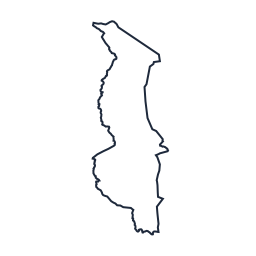 outline of San Francisco Cajonos, Oaxaca, Mexico, rotated 83°
{"feature_id": "50627088B63866819787675", "entity_name": "San Francisco Cajonos", "entity_type": "district", "adm_level": 2, "iso_a3": "MEX", "parent_name": "Mexico", "parent_adm1": "Oaxaca", "projection": "robinson", "projection_center": [-96.262, 17.18], "detail": "fine", "context": "isolated", "style": "outline", "palette": "slate", "viewbox_px": 256, "rotation_deg": 83, "n_neighbors": 0, "source": "geoboundaries", "source_scale": "gbopen_adm2", "svg_char_len": 5422}
<svg xmlns="http://www.w3.org/2000/svg" viewBox="0 0 256 256"><g transform="rotate(83 128 128)"><path d="M168.0,100.8L160.6,102.4L158.4,103.6L157.7,101.0L157.0,99.3L157.0,99.2L155.9,91.5L155.1,91.0L154.8,91.3L153.8,91.4L153.5,91.5L153.0,92.1L152.8,92.1L152.5,92.5L151.8,93.1L151.5,93.4L151.4,93.6L151.3,94.0L151.0,94.3L150.6,95.2L150.6,95.4L150.7,96.1L150.4,96.3L149.9,97.1L149.5,98.1L149.3,98.0L149.0,98.3L148.7,98.3L148.3,98.3L147.6,97.4L145.5,94.9L144.9,95.3L143.3,94.9L134.4,100.4L132.2,104.0L120.5,107.4L103.7,107.4L89.3,106.6L86.8,104.3L69.7,98.8L67.6,95.0L65.7,94.3L65.6,88.2L58.9,88.4L30.7,120.9L26.9,125.3L26.1,125.6L25.1,126.0L23.7,126.5L22.7,127.2L22.0,127.9L20.8,128.9L20.1,130.8L20.7,133.2L21.5,134.8L22.5,137.5L21.8,139.9L20.9,141.9L20.9,144.8L20.4,146.4L19.4,149.4L21.9,150.2L22.8,149.3L24.0,147.7L25.1,146.8L26.2,144.9L27.5,143.8L28.5,143.1L28.8,142.4L29.2,141.9L29.5,141.2L30.1,140.7L30.7,140.4L31.1,140.1L31.8,140.9L32.4,141.3L33.2,141.9L34.1,142.6L34.4,142.9L34.5,142.9L36.0,142.2L36.5,142.1L36.8,141.8L37.3,141.6L39.3,140.7L41.2,139.8L42.3,139.0L43.9,138.0L45.2,137.1L46.1,136.7L46.8,137.0L47.3,137.2L48.2,136.7L48.9,136.7L50.1,135.8L50.7,135.3L51.2,135.1L51.7,135.0L52.0,134.1L52.2,133.4L52.4,133.0L52.6,132.6L53.2,132.2L53.4,131.9L53.8,131.9L54.3,132.1L54.8,131.8L55.3,131.4L55.7,131.2L56.2,130.9L56.7,130.9L57.3,131.0L57.8,131.1L58.1,131.5L58.3,132.0L58.2,132.3L58.3,132.9L58.4,133.2L58.8,133.7L59.2,134.1L59.7,134.3L60.3,134.7L60.8,135.1L61.5,135.3L61.8,135.4L62.3,135.7L63.0,136.0L63.4,136.1L63.9,136.3L64.1,136.6L64.5,137.0L65.2,137.4L66.0,138.1L66.6,138.5L67.2,138.9L67.7,139.5L68.0,140.4L68.4,141.3L68.8,141.8L69.3,142.0L69.7,141.8L70.4,141.9L71.0,142.2L71.8,142.4L72.4,142.3L72.8,142.3L73.4,142.6L73.7,143.0L73.6,143.5L73.9,143.8L74.6,144.2L75.5,144.9L75.9,145.9L76.3,146.8L77.0,148.0L77.4,148.3L77.8,148.4L78.5,147.4L79.1,147.0L79.7,146.7L80.2,146.6L80.6,146.7L81.5,147.2L81.8,147.6L82.3,148.5L82.8,149.1L83.1,149.2L83.7,148.8L84.3,148.9L85.4,149.2L86.0,149.7L86.4,150.0L86.6,150.5L86.9,150.7L87.9,150.7L88.9,150.3L89.1,149.7L89.2,149.3L89.4,148.8L89.7,148.9L90.3,149.9L90.8,150.5L91.1,150.4L92.3,149.8L92.6,150.0L93.0,150.7L94.0,151.8L94.6,152.3L95.2,152.5L95.9,153.0L96.4,153.7L97.1,154.1L98.0,154.1L98.9,154.2L100.0,154.1L100.7,153.5L101.2,154.2L101.7,153.8L102.4,153.9L102.7,154.0L103.2,154.7L103.5,154.9L104.6,154.9L105.0,154.6L105.2,154.0L105.5,153.3L106.3,152.7L107.6,152.5L108.0,152.6L108.5,153.0L109.6,153.3L110.4,153.0L111.0,152.8L111.2,152.7L112.1,152.9L112.9,153.1L113.5,153.2L114.3,153.7L117.0,153.4L117.4,153.7L118.0,153.6L118.6,152.7L119.7,152.6L120.3,152.7L120.8,152.9L121.3,153.2L121.7,153.0L122.4,151.6L123.0,150.9L123.9,149.9L123.9,148.7L124.1,147.8L124.4,146.7L125.3,146.5L128.3,148.0L128.8,147.7L129.4,147.5L129.6,147.4L130.0,147.1L130.3,147.0L130.8,146.6L131.2,146.1L131.9,145.6L132.5,145.3L133.1,145.0L133.5,144.6L133.9,144.2L134.2,144.0L134.7,143.5L134.8,143.6L136.1,143.6L136.4,143.6L136.6,143.6L137.4,143.6L138.1,143.7L138.6,143.8L138.8,143.9L138.9,143.6L139.1,143.3L139.2,143.2L139.7,142.9L140.0,142.8L140.7,142.8L141.1,142.7L141.3,142.7L141.5,142.8L141.8,143.2L142.0,143.3L142.3,143.2L142.6,143.1L143.1,143.1L143.3,143.3L143.9,144.1L146.3,150.0L148.0,155.2L150.4,161.6L153.0,165.9L153.3,166.5L153.6,166.6L154.1,166.8L154.3,166.2L154.4,165.7L154.7,165.3L155.2,164.6L155.5,164.4L155.9,164.5L155.9,164.9L156.7,165.0L156.9,165.1L157.5,165.0L157.8,165.2L158.0,165.5L158.8,165.5L159.2,165.8L159.6,165.9L159.9,165.8L160.0,165.6L160.8,165.3L161.0,165.3L161.3,165.4L161.6,165.5L161.9,165.6L162.1,165.6L162.5,165.9L162.7,166.2L162.9,166.4L163.2,166.6L163.4,166.5L163.6,166.6L163.8,166.8L164.2,167.2L164.4,167.1L165.0,167.1L165.4,167.2L165.8,167.5L166.2,167.6L166.8,167.6L168.8,167.8L171.5,166.7L171.9,165.9L173.4,166.1L174.1,165.4L174.6,165.2L174.9,164.4L175.8,163.3L176.6,162.9L176.6,163.6L177.5,164.2L177.2,165.9L177.7,166.3L180.1,166.0L180.6,166.6L182.6,166.7L183.6,165.8L184.5,165.5L186.5,162.7L187.4,162.3L187.8,162.2L188.4,161.9L189.0,161.7L189.4,161.7L190.2,161.6L191.6,160.8L192.4,159.4L193.5,156.9L198.6,153.6L200.3,151.5L201.4,149.7L203.4,148.2L204.0,145.0L206.0,142.4L207.7,134.9L209.2,133.5L209.9,132.7L213.0,134.3L214.8,133.8L218.1,134.6L218.3,134.0L218.8,133.9L220.4,134.3L221.3,133.3L223.8,132.8L225.0,133.2L225.3,132.9L225.5,132.8L225.7,132.7L226.0,132.6L226.3,132.6L226.9,132.6L227.3,132.6L227.9,132.8L228.1,132.9L228.7,133.2L229.0,133.1L230.7,132.0L230.8,131.9L231.1,131.9L231.5,131.6L231.9,131.1L232.0,130.8L232.0,130.5L231.7,130.0L231.3,129.6L230.9,129.4L230.7,129.2L230.5,129.3L230.3,129.4L230.2,129.2L230.2,128.9L230.1,128.5L230.1,127.7L230.2,127.2L230.4,127.0L230.6,126.8L231.0,126.7L231.9,126.5L232.3,126.5L233.5,126.3L233.6,126.0L233.6,125.8L233.1,125.4L232.9,125.2L233.0,125.0L232.8,124.1L232.8,123.7L232.8,123.4L232.7,123.2L232.5,122.7L232.4,122.3L232.4,121.8L232.6,121.4L232.7,121.1L232.9,120.7L233.2,120.5L233.6,120.2L233.8,119.8L234.0,119.5L235.8,118.1L236.2,117.7L236.5,117.3L236.6,116.9L236.6,116.6L236.6,116.3L236.5,116.2L236.3,116.1L235.8,116.2L235.2,116.1L234.9,115.9L234.6,115.8L234.3,115.4L234.0,115.0L233.9,114.4L234.0,113.7L234.3,112.5L234.4,112.0L234.6,111.7L234.9,110.4L230.3,110.5L226.9,109.4L216.4,109.2L213.8,109.1L209.6,108.9L202.5,102.0L200.5,105.7L200.0,106.6L195.4,106.3L188.4,105.7L185.3,105.7L184.8,105.7L183.8,105.8L183.4,105.9L177.8,103.9L174.1,102.1L168.0,100.8Z" fill="none" stroke="#1e293b" stroke-width="2"/></g></svg>